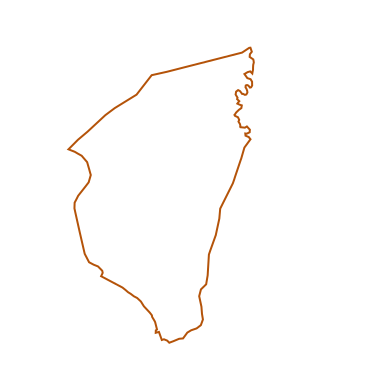 Kaiama, Kwara, Nigeria, rotated 59°
{"feature_id": "59680162B83662033692716", "entity_name": "Kaiama", "entity_type": "district", "adm_level": 2, "iso_a3": "NGA", "parent_name": "Nigeria", "parent_adm1": "Kwara", "projection": "orthographic", "projection_center": [4.157, 9.519], "detail": "fine", "context": "isolated", "style": "outline", "palette": "amber", "viewbox_px": 384, "rotation_deg": 59, "n_neighbors": 0, "source": "geoboundaries", "source_scale": "gbopen_adm2", "svg_char_len": 1998}
<svg xmlns="http://www.w3.org/2000/svg" viewBox="0 0 384 384"><g transform="rotate(59 192 192)"><path d="M91.8,275.9L97.3,271.7L100.3,270.1L100.6,269.9L104.1,267.9L112.4,266.5L120.2,268.6L123.0,269.4L125.3,270.0L130.5,275.6L132.2,279.9L136.6,291.5L138.2,294.0L140.7,298.1L145.5,301.2L149.6,302.6L158.9,305.7L168.5,308.9L172.5,310.2L189.7,315.8L199.2,316.4L203.7,313.7L207.4,310.9L213.3,309.5L215.3,310.2L216.1,311.3L217.4,313.3L238.1,300.8L241.6,299.5L245.0,298.4L247.7,297.0L251.5,295.5L254.6,293.6L259.5,292.2L265.2,292.1L273.7,290.3L277.1,289.9L278.0,290.3L278.6,290.5L283.0,290.5L284.5,290.6L291.8,292.8L292.0,294.3L294.0,295.6L294.9,292.4L303.3,294.1L303.8,291.9L306.6,289.8L309.5,289.1L310.3,284.8L311.2,278.6L312.9,275.1L310.1,268.4L310.1,263.9L311.3,258.3L310.7,253.0L306.9,248.3L303.6,247.0L301.6,246.2L295.2,243.0L285.0,239.5L280.1,234.5L278.4,227.4L271.5,221.5L254.3,209.7L251.6,206.5L241.6,194.3L241.5,194.1L228.9,182.3L220.8,176.4L205.6,152.5L202.6,148.9L202.2,148.5L200.3,146.3L189.5,133.6L188.8,132.7L180.9,124.2L176.9,114.7L174.7,115.0L174.2,115.0L171.3,117.1L169.3,116.2L170.2,115.0L170.5,111.8L168.4,110.3L164.1,111.2L164.1,113.5L161.4,117.1L160.9,117.1L160.3,116.5L158.5,115.9L155.6,115.9L154.5,114.4L151.6,114.1L148.9,115.9L147.8,115.9L147.5,115.0L146.6,113.2L145.7,109.4L145.5,106.5L143.4,104.7L141.7,106.2L139.6,107.6L139.1,106.5L138.5,104.7L135.6,105.5L134.6,104.4L132.7,104.4L130.9,104.4L128.7,102.5L128.4,100.0L130.2,98.9L133.8,98.5L134.2,97.7L136.0,96.6L136.4,95.2L135.3,93.3L133.8,92.6L131.7,92.2L129.8,92.2L128.4,91.1L128.4,90.4L128.8,89.6L129.8,88.9L132.4,88.5L132.7,87.4L131.7,85.6L128.4,83.7L125.5,83.7L125.1,84.0L122.9,85.9L117.9,86.3L117.9,82.6L118.6,80.0L121.5,79.3L120.0,78.0L118.6,76.7L116.8,75.6L114.6,74.1L112.8,72.3L110.9,71.5L109.9,71.2L105.9,73.0L103.7,71.4L102.6,68.5L98.4,67.6L97.9,68.7L98.3,77.3L80.6,136.3L76.1,151.4L71.1,166.4L80.0,189.4L80.3,215.0L81.5,226.7L86.5,250.5L88.5,262.9L91.8,275.9Z" fill="none" stroke="#b45309" stroke-width="2"/></g></svg>